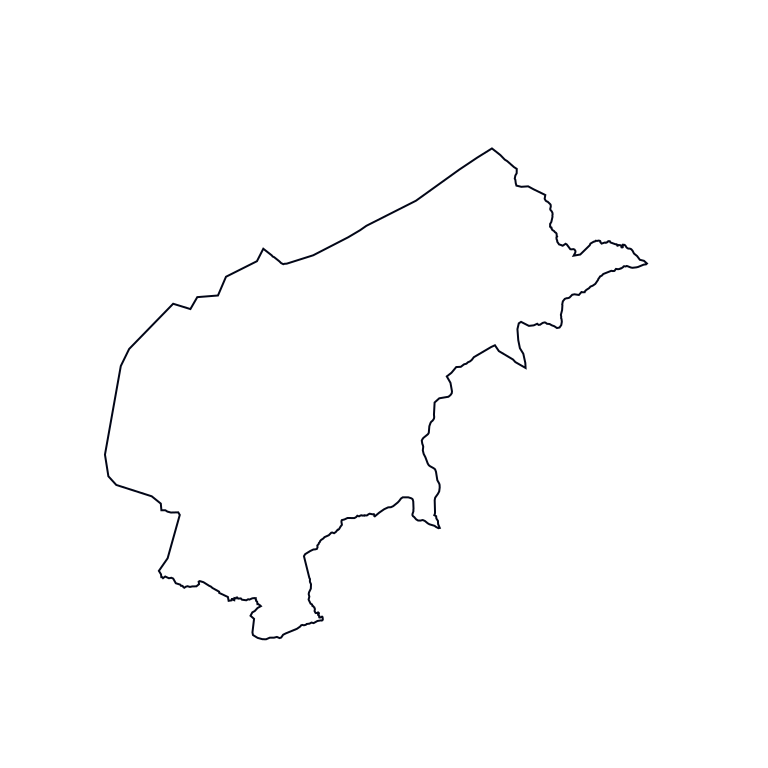 outline of Adansi North, Ashanti, Ghana, rotated 151°
{"feature_id": "2480657B92670413622569", "entity_name": "Adansi North", "entity_type": "district", "adm_level": 2, "iso_a3": "GHA", "parent_name": "Ghana", "parent_adm1": "Ashanti", "projection": "mercator", "projection_center": [-1.594, 6.301], "detail": "fine", "context": "isolated", "style": "outline", "palette": "ink", "viewbox_px": 768, "rotation_deg": 151, "n_neighbors": 0, "source": "geoboundaries", "source_scale": "gbopen_adm2", "svg_char_len": 6162}
<svg xmlns="http://www.w3.org/2000/svg" viewBox="0 0 768 768"><g transform="rotate(151 384 384)"><path d="M330.4,530.1L344.3,529.7L383.5,530.9L410.7,536.4L412.8,537.4L414.0,537.6L415.4,539.7L416.0,541.9L418.6,548.2L419.6,549.5L419.8,550.9L424.0,560.8L435.6,553.0L470.2,554.4L486.3,541.9L505.2,550.5L517.0,543.4L529.5,556.4L589.9,538.2L605.5,527.3L662.3,457.5L669.8,436.9L667.1,425.5L641.6,398.4L637.2,387.6L639.9,381.5L636.4,379.5L635.3,377.4L632.7,374.9L626.2,371.5L626.1,368.5L657.7,336.5L671.5,329.7L671.3,325.6L672.4,323.0L671.6,322.5L671.4,321.3L668.7,321.7L666.3,318.4L663.9,317.6L662.7,316.0L662.7,310.7L659.4,307.2L659.4,305.9L658.1,305.1L657.9,303.4L657.4,302.6L655.7,302.8L653.9,302.4L652.1,300.6L649.8,299.9L646.2,298.0L642.8,298.6L641.9,301.0L640.8,301.0L638.0,298.2L634.6,292.0L633.7,290.9L632.9,288.7L628.9,282.3L629.4,281.2L623.8,273.4L625.0,269.7L622.3,268.7L621.3,269.7L620.6,269.4L620.4,268.2L619.8,267.5L618.6,269.3L617.5,268.3L616.7,268.8L615.9,268.5L615.6,267.0L613.2,265.9L612.8,264.2L609.3,261.6L607.2,261.6L606.2,260.7L603.1,260.4L600.9,259.5L600.0,258.8L600.6,258.1L600.5,257.2L601.0,256.5L600.5,255.1L601.4,252.8L600.6,252.4L600.3,251.5L599.7,250.5L599.4,249.4L603.2,249.4L607.1,248.1L609.9,248.1L613.1,246.0L611.5,241.6L619.5,230.5L620.3,228.0L620.0,227.4L617.6,223.2L614.0,219.7L610.9,217.9L606.9,217.5L603.3,215.5L600.3,214.7L598.5,212.4L596.8,212.1L593.8,213.6L590.9,213.5L578.8,212.1L574.9,212.5L573.5,213.1L572.3,212.9L571.0,211.8L569.9,211.5L569.1,211.3L568.0,211.6L565.3,210.5L563.1,210.5L561.5,209.0L557.1,209.0L553.7,207.8L553.2,207.3L552.4,207.2L551.6,207.8L550.8,209.8L550.8,210.4L551.0,210.6L552.6,210.6L553.7,211.1L553.7,211.7L553.1,212.4L553.6,214.0L553.3,214.5L552.3,214.6L552.0,215.2L552.4,216.2L553.7,216.3L554.7,216.7L554.9,217.2L554.8,219.1L553.5,220.7L553.5,221.5L553.2,222.3L553.6,223.2L553.6,224.0L554.2,224.6L553.8,226.0L554.7,227.5L554.5,231.6L554.4,232.1L552.4,234.2L551.7,236.8L550.6,238.1L547.2,240.5L544.9,244.3L544.7,246.7L544.4,247.5L543.3,249.3L543.3,250.6L537.5,272.2L535.5,273.4L529.5,273.7L526.0,273.5L524.3,272.7L522.7,272.3L521.3,273.4L520.6,275.1L518.9,275.6L518.0,276.5L516.9,276.8L516.2,277.5L514.6,278.1L512.0,278.3L510.3,278.9L505.6,278.5L502.2,279.5L501.3,279.2L500.0,277.7L498.0,277.9L495.2,279.0L494.9,279.0L494.7,278.7L493.6,278.9L490.9,280.5L489.3,281.1L489.0,281.4L488.1,284.0L487.6,284.8L486.9,285.4L484.2,284.7L480.9,284.5L474.9,281.1L472.9,281.1L471.2,281.7L470.5,280.8L469.7,280.3L468.5,280.4L467.5,280.2L466.8,279.4L466.0,279.2L465.2,278.4L464.6,278.6L463.5,277.7L462.3,277.3L460.8,277.6L459.4,277.5L457.1,275.5L456.0,275.1L456.0,274.3L456.5,273.2L456.2,272.7L450.6,273.8L444.5,274.4L440.2,274.1L437.7,272.9L435.2,272.7L429.4,273.7L427.3,274.4L424.7,275.6L422.5,275.8L417.7,273.1L415.7,271.0L414.9,269.7L414.9,268.9L415.4,267.0L418.7,260.5L419.2,259.9L420.0,258.4L422.2,256.4L422.7,255.5L422.7,254.3L422.1,253.0L421.5,250.0L420.4,248.1L418.4,246.9L416.2,246.3L415.7,245.8L414.6,244.3L413.3,241.0L412.3,239.3L408.5,235.4L408.0,234.1L406.3,231.5L405.0,231.1L404.6,235.2L403.2,238.1L403.4,241.0L402.5,243.1L403.6,244.9L402.4,245.8L401.6,247.0L396.0,257.8L395.1,258.9L394.3,259.8L390.1,261.8L387.8,263.3L385.5,266.4L384.3,268.8L384.0,270.1L384.0,274.0L381.1,282.0L380.7,284.6L381.4,286.3L383.6,289.8L384.2,291.2L384.3,293.2L383.3,299.9L383.2,303.6L382.2,307.2L380.1,310.1L379.7,311.6L379.5,313.1L378.4,316.2L377.3,317.0L375.6,317.8L369.9,318.8L368.5,319.6L364.8,325.1L362.2,327.4L360.9,328.1L359.5,328.3L358.1,328.9L357.0,329.6L356.1,330.8L355.2,332.9L348.7,343.3L342.6,344.7L333.8,341.6L331.2,342.1L329.3,343.0L328.1,344.6L325.3,352.8L325.4,360.2L319.6,361.1L312.6,363.8L308.5,361.8L304.4,362.4L302.0,361.8L300.2,362.3L297.8,362.1L295.6,362.5L292.4,363.9L272.4,364.4L268.2,364.1L267.6,357.1L259.3,342.9L258.5,339.5L252.4,329.4L250.2,333.9L247.5,342.9L247.8,349.4L245.3,357.3L240.7,367.3L236.7,371.7L234.0,371.9L229.1,364.6L224.6,362.7L220.8,362.4L220.2,360.8L218.8,360.2L215.6,360.5L213.7,360.0L213.0,359.4L212.3,357.7L210.1,356.2L208.8,354.0L207.0,351.9L205.6,349.1L203.1,348.3L200.4,349.6L198.3,352.2L197.2,354.8L197.2,355.6L196.3,357.1L195.8,358.7L192.4,362.3L189.7,366.5L189.7,367.0L187.5,369.6L184.6,370.8L182.7,370.5L181.7,370.0L180.4,369.7L179.7,369.7L176.1,370.8L173.9,370.1L170.4,367.4L166.7,368.7L165.9,368.0L164.0,367.0L163.4,367.6L161.4,368.2L158.2,368.4L156.2,369.1L153.9,368.8L150.7,369.1L146.3,371.3L145.4,372.1L143.8,372.7L143.1,373.3L141.0,373.2L138.9,373.9L130.3,372.8L129.1,371.8L127.6,371.2L125.3,372.2L123.6,370.9L121.9,370.3L121.2,370.5L120.5,370.1L118.2,370.3L117.4,370.7L116.9,370.6L115.6,369.6L114.6,369.6L114.1,369.2L111.6,366.2L110.4,365.2L106.8,363.7L105.1,363.2L99.0,362.5L96.8,361.6L95.6,361.9L96.9,365.7L100.0,368.6L100.6,373.2L102.1,376.9L102.0,380.0L102.4,382.0L103.4,383.3L104.4,383.8L105.1,384.5L105.7,386.0L105.7,387.4L106.1,389.0L107.6,390.1L107.9,390.0L107.9,389.0L108.8,388.6L109.0,387.9L109.6,388.0L110.0,388.4L109.5,389.7L110.2,391.0L111.7,391.9L112.5,391.6L112.8,391.8L112.9,392.0L112.6,392.8L112.8,393.4L113.8,394.0L117.3,398.0L117.3,399.4L117.6,399.6L118.6,400.2L119.9,399.7L121.0,400.1L121.5,399.9L122.4,400.7L125.6,401.3L126.0,402.9L126.0,403.3L125.6,403.8L125.7,404.4L126.6,405.3L128.4,405.9L129.4,406.7L130.6,406.4L131.5,406.8L135.4,406.7L136.8,405.6L149.6,402.1L155.9,404.3L153.1,406.1L152.4,406.9L152.1,407.5L152.2,409.2L152.9,410.1L155.0,411.0L155.7,411.6L156.5,417.4L157.2,418.6L160.4,418.3L161.0,418.5L161.2,419.1L163.2,421.2L163.5,424.4L163.0,425.5L162.8,427.2L162.0,428.8L161.1,429.0L161.0,430.1L160.2,431.8L160.3,432.9L160.9,433.9L161.1,435.3L162.1,437.1L162.1,439.1L161.8,439.2L161.7,439.8L162.5,440.9L162.3,441.5L161.6,442.4L161.2,443.4L159.1,444.6L155.6,448.5L154.9,450.0L154.3,450.6L153.7,452.0L153.6,453.6L154.0,455.6L153.8,456.5L152.2,458.2L151.4,459.8L151.4,460.6L152.5,464.1L153.3,465.0L153.7,466.0L153.7,468.1L151.3,471.1L158.8,481.8L162.1,487.0L168.3,489.9L172.0,493.3L171.4,495.8L170.1,499.0L170.1,500.2L168.0,502.7L165.8,504.0L163.6,507.8L165.2,510.8L168.2,519.2L169.6,521.7L171.2,527.7L175.4,537.7L192.7,536.8L214.3,535.0L267.2,528.8L322.7,530.9L330.4,530.1Z" fill="none" stroke="#020617" stroke-width="2"/></g></svg>